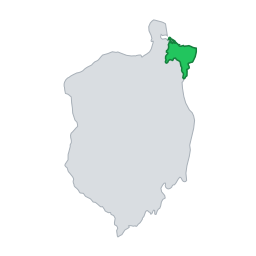 Constanta highlighted on a map of Romania, rotated 273°
{"feature_id": "ROU-133", "entity_name": "Constanta", "entity_type": "County", "adm_level": 1, "iso_a3": "ROU", "parent_name": "Romania", "parent_adm1": "", "projection": "robinson", "projection_center": [28.37, 44.259], "detail": "fine", "context": "in_parent", "style": "filled", "palette": "green", "viewbox_px": 256, "rotation_deg": 273, "n_neighbors": 0, "source": "natural_earth", "source_scale": "10m", "svg_char_len": 5714}
<svg xmlns="http://www.w3.org/2000/svg" viewBox="0 0 256 256"><g transform="rotate(273 128 128)"><path d="M202.7,142.6L205.1,145.5L208.2,147.1L215.4,148.8L216.0,148.6L216.1,148.2L215.6,147.8L215.5,147.3L215.9,146.6L216.9,146.5L218.5,147.2L221.6,146.3L226.1,143.9L230.3,143.4L234.1,144.8L236.1,146.5L237.3,148.0L237.0,149.9L236.7,151.1L235.7,156.1L235.1,157.9L234.0,160.0L222.1,162.5L222.9,161.3L222.6,159.2L222.1,157.6L223.2,156.2L220.5,155.7L219.4,156.5L218.5,157.8L219.3,161.0L218.0,162.7L217.5,163.7L217.4,166.0L216.7,167.0L216.5,168.1L218.4,167.8L217.6,169.8L214.0,173.6L212.8,175.9L213.1,185.0L211.5,190.4L211.4,192.0L207.6,192.0L206.4,191.9L202.9,191.1L198.8,189.7L196.5,186.9L195.0,184.9L191.6,185.8L190.9,185.5L190.0,184.6L187.4,183.9L184.2,183.9L177.1,180.3L176.4,179.6L170.8,180.3L162.4,182.1L156.0,184.3L149.3,188.3L146.6,191.3L143.5,192.9L139.0,194.1L131.1,193.6L122.9,192.1L114.1,190.5L109.3,191.4L102.9,190.7L93.2,188.8L85.9,188.2L78.8,189.3L77.6,188.4L77.3,187.4L77.6,186.0L78.7,184.9L80.4,184.0L81.4,183.1L81.5,182.2L79.6,180.8L75.7,178.8L74.0,177.6L73.7,177.3L73.6,176.2L72.8,175.3L71.2,174.7L70.1,173.5L69.3,171.9L69.5,170.3L70.8,168.8L72.3,168.2L74.2,168.4L75.0,168.0L74.7,166.9L72.9,165.6L69.6,164.0L66.1,164.9L62.5,168.2L60.0,168.8L58.5,166.5L55.8,165.2L51.9,164.7L49.5,163.9L48.6,162.6L46.9,161.6L43.2,160.5L43.2,159.5L43.8,159.2L45.1,159.1L47.0,158.9L47.3,158.3L47.3,157.8L45.9,157.1L44.5,156.7L43.7,156.2L43.3,155.7L43.2,155.2L43.6,154.9L44.2,154.8L44.8,154.5L45.2,153.3L46.0,152.3L46.5,152.0L46.5,151.2L46.0,150.5L45.2,149.9L44.1,149.6L40.5,148.5L38.7,147.1L37.6,147.1L35.9,146.2L34.0,145.0L32.4,143.2L30.7,142.1L30.3,141.6L30.2,141.1L30.6,140.6L30.6,140.1L30.2,138.3L30.6,136.5L30.6,134.8L30.6,134.0L30.2,133.7L29.9,134.0L29.5,134.3L29.0,134.4L27.8,133.1L26.2,130.5L25.1,129.7L23.0,128.5L21.2,127.5L20.0,125.4L18.7,123.7L19.6,123.0L24.9,122.0L27.3,123.0L28.4,122.6L29.5,121.9L30.1,121.2L30.2,120.6L30.8,119.7L32.6,119.4L37.2,119.9L39.2,118.7L39.9,118.1L40.4,116.7L40.9,115.6L42.6,115.0L42.6,114.0L42.4,112.9L43.5,110.4L44.1,109.4L45.0,109.0L46.2,108.2L48.2,106.6L47.8,105.2L48.3,104.2L50.4,101.6L52.1,99.2L52.1,98.0L52.4,96.9L53.8,95.7L55.3,94.2L57.4,89.4L58.1,88.6L59.4,87.7L60.4,86.8L60.6,83.7L61.5,82.8L63.2,81.8L64.9,80.1L66.3,78.2L67.4,77.3L68.8,77.0L70.3,76.3L72.0,76.0L73.7,76.4L74.7,76.2L76.3,75.3L80.4,71.7L81.0,71.0L81.8,70.5L85.1,69.3L85.9,68.1L87.1,67.0L88.5,67.1L93.1,69.8L98.2,69.6L99.1,69.7L99.4,69.8L100.0,70.0L106.6,71.3L107.7,71.2L108.0,71.1L110.6,72.2L113.0,72.0L115.3,71.3L117.7,71.0L119.8,71.5L121.4,73.0L125.6,76.3L126.9,77.6L128.8,77.4L131.0,76.8L133.2,74.6L140.0,72.0L145.2,71.4L150.2,70.4L156.0,69.7L157.7,67.6L158.6,66.2L159.3,63.7L162.4,62.9L165.4,62.4L166.5,62.0L168.6,61.9L170.3,62.2L172.9,63.4L174.7,65.0L175.4,66.3L176.9,68.1L178.5,70.7L180.3,74.0L180.7,75.7L181.4,77.6L182.7,79.8L185.3,82.3L185.6,82.8L186.8,84.5L189.0,88.4L190.9,89.9L192.5,91.6L193.3,93.3L194.5,94.9L197.2,96.9L199.5,98.8L201.3,104.1L202.5,106.6L203.3,108.4L202.9,112.2L203.4,113.9L202.4,116.8L200.5,122.8L200.1,127.6L200.4,130.2L200.4,131.8L200.9,132.9L201.4,135.0L201.5,136.9L200.8,137.5L199.8,137.9L199.5,138.3L200.3,139.2L201.5,140.7L202.7,142.6Z" fill="#d9dde1" stroke="#a8b0b8" stroke-width="1"/><path d="M183.3,184.1L183.0,183.9L182.6,183.2L182.3,183.0L181.0,182.4L180.5,181.9L180.6,181.2L180.2,181.0L180.5,180.6L180.8,180.4L181.2,180.1L184.7,180.6L185.1,180.5L185.6,180.3L186.0,180.0L186.2,179.7L186.4,179.5L187.6,178.8L188.5,178.5L190.5,178.6L191.4,178.4L191.9,178.1L192.8,177.5L196.1,176.8L196.9,176.4L197.5,175.7L198.2,174.2L198.8,172.9L199.0,172.7L200.0,172.0L200.3,171.6L200.2,171.2L200.1,170.6L199.9,170.1L199.7,169.8L199.3,169.8L198.7,169.6L198.2,169.3L197.9,169.1L197.8,168.8L198.1,168.7L198.2,167.4L198.4,167.1L198.5,166.4L198.5,166.2L198.4,166.0L197.2,164.8L196.8,164.6L196.2,164.5L195.8,164.3L195.3,163.9L195.0,163.4L194.8,162.9L195.0,162.5L195.3,162.2L195.6,162.0L196.0,161.9L196.4,161.9L196.9,162.0L197.6,162.4L198.0,162.5L198.5,162.3L199.0,161.9L201.1,161.8L202.3,162.2L203.3,163.0L204.3,163.9L205.3,163.7L205.8,162.4L207.1,162.4L208.3,163.7L210.0,164.3L211.8,164.3L213.3,163.9L214.7,164.5L216.0,164.8L215.9,165.2L216.0,165.6L216.2,165.8L217.4,165.6L218.0,165.3L218.5,164.8L218.9,164.3L218.6,163.7L220.2,164.1L220.6,164.4L220.7,164.9L220.5,165.5L220.1,165.9L219.6,166.1L220.0,165.6L220.4,165.0L220.4,164.6L219.9,164.3L219.9,164.5L220.1,164.7L220.0,164.8L219.6,164.9L219.2,164.7L219.0,164.8L218.9,164.9L218.8,165.1L218.3,165.4L217.6,166.1L217.2,166.3L216.1,166.8L215.7,167.1L216.1,166.4L216.2,166.1L215.9,166.0L215.6,166.1L215.4,166.3L215.3,166.7L215.6,166.7L215.4,167.0L215.5,167.2L215.7,167.4L216.1,167.5L215.1,167.7L214.8,168.0L214.8,168.5L214.9,168.3L215.0,168.2L215.4,168.2L215.7,168.5L215.5,168.9L215.3,169.6L215.1,170.4L215.2,170.9L215.4,171.0L215.6,170.8L215.7,170.5L215.8,169.8L216.1,169.5L216.5,169.3L217.2,168.4L217.6,168.0L218.1,167.9L218.5,167.7L218.8,167.4L219.0,167.0L219.3,166.5L219.1,167.0L218.9,167.5L217.4,170.2L216.3,170.9L214.2,173.4L213.9,174.1L213.9,174.5L213.6,174.2L213.2,174.4L212.9,174.6L212.6,175.0L212.5,175.3L212.4,175.7L212.4,176.8L212.5,177.2L212.9,177.8L213.2,178.7L213.3,179.1L213.2,179.4L213.4,179.6L213.1,179.4L212.8,179.5L212.5,179.7L212.4,180.0L212.6,180.6L213.0,182.9L213.4,184.4L213.4,184.6L213.3,184.8L213.1,185.1L213.0,185.6L212.7,186.5L212.6,186.9L212.0,187.9L211.9,188.1L211.6,189.7L211.4,190.0L211.3,190.3L211.5,190.6L211.4,190.8L211.3,191.1L211.3,191.4L211.3,191.7L211.2,192.0L207.8,192.2L202.8,191.4L198.0,189.4L197.2,188.9L196.2,185.5L195.6,184.7L194.3,184.8L192.7,185.7L191.2,186.0L190.2,184.9L190.1,184.7L189.6,183.8L189.1,183.6L187.7,184.0L183.3,184.1Z" fill="#22c55e" stroke="#15803d" stroke-width="1.5"/></g></svg>